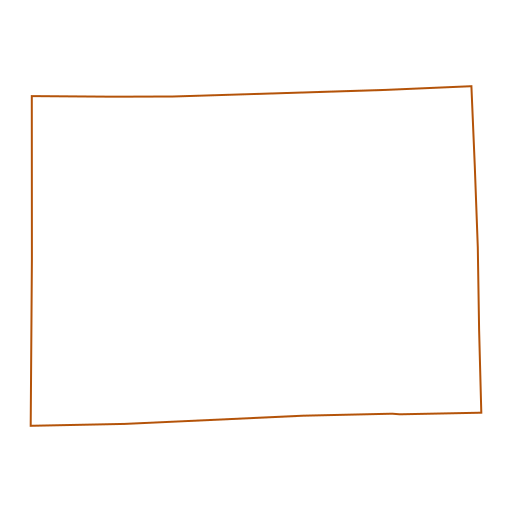 the district of Washtenaw, Michigan, United States of America
{"feature_id": "52423323B44237705937430", "entity_name": "Washtenaw", "entity_type": "district", "adm_level": 2, "iso_a3": "USA", "parent_name": "United States of America", "parent_adm1": "Michigan", "projection": "robinson", "projection_center": [-83.81, 42.253], "detail": "fine", "context": "isolated", "style": "outline", "palette": "amber", "viewbox_px": 512, "rotation_deg": 0, "n_neighbors": 0, "source": "geoboundaries", "source_scale": "gbopen_adm2", "svg_char_len": 309}
<svg xmlns="http://www.w3.org/2000/svg" viewBox="0 0 512 512"><path d="M31.8,96.1L31.9,259.1L30.7,425.8L124.9,423.9L303.0,415.7L392.2,413.7L399.8,414.3L481.3,412.7L479.1,329.8L477.8,247.5L474.8,166.5L471.4,86.2L385.7,89.9L173.3,96.5L113.6,96.7L31.8,96.1Z" fill="none" stroke="#b45309" stroke-width="2"/></svg>